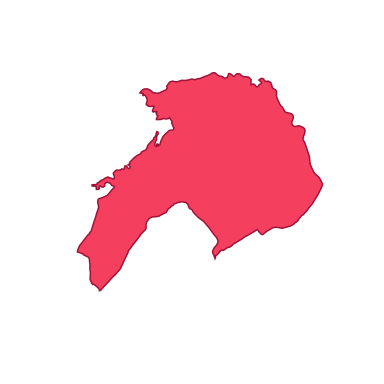 Vera Cruz, Dili, East Timor (Robinson projection), rotated 218°
{"feature_id": "22284137B41604792993839", "entity_name": "Vera Cruz", "entity_type": "district", "adm_level": 2, "iso_a3": "TLS", "parent_name": "East Timor", "parent_adm1": "Dili", "projection": "robinson", "projection_center": [125.57, -8.588], "detail": "fine", "context": "isolated", "style": "filled", "palette": "rose", "viewbox_px": 384, "rotation_deg": 218, "n_neighbors": 0, "source": "geoboundaries", "source_scale": "gbopen_adm2", "svg_char_len": 6071}
<svg xmlns="http://www.w3.org/2000/svg" viewBox="0 0 384 384"><g transform="rotate(218 192 192)"><path d="M258.9,181.4L259.4,177.7L259.1,176.8L258.2,176.3L258.5,175.1L259.2,174.7L259.2,174.2L258.3,174.2L256.2,174.0L255.7,172.4L256.5,171.4L258.3,171.6L259.5,172.4L260.9,171.2L259.5,168.5L260.0,167.7L261.6,167.0L262.0,165.2L263.1,164.1L264.3,163.4L265.1,162.8L265.6,160.2L265.6,158.4L265.0,157.7L262.8,156.5L261.8,154.9L261.7,154.1L262.4,153.4L263.9,153.3L265.1,152.6L266.3,152.2L267.5,152.1L268.5,150.4L269.3,148.8L269.6,147.3L270.1,146.2L271.0,144.7L271.4,142.2L272.2,140.6L271.5,139.6L272.4,138.5L273.8,137.5L274.6,136.7L275.2,135.8L274.2,135.3L273.6,135.7L272.3,136.8L271.4,137.4L270.1,136.5L269.2,135.3L268.5,135.4L267.7,136.5L267.1,136.7L267.2,138.0L268.2,138.7L268.6,139.8L268.2,140.3L267.5,140.4L266.2,140.4L264.9,141.2L264.4,142.7L265.1,143.8L265.8,144.6L265.4,146.4L264.6,147.6L262.6,148.3L261.0,148.3L259.1,147.7L258.4,148.1L257.3,148.4L256.5,148.4L256.1,148.0L256.5,144.6L256.5,140.1L256.8,137.0L258.2,134.2L259.9,131.2L260.7,130.2L261.4,128.8L261.4,128.3L261.0,127.4L259.9,125.7L256.9,123.2L255.9,122.0L254.1,116.8L252.1,111.8L251.0,108.5L247.9,100.3L247.4,99.3L247.4,99.0L247.6,97.2L247.5,96.4L247.1,96.2L246.9,95.6L246.9,95.4L247.5,94.9L247.6,92.1L247.5,82.2L247.6,80.8L246.6,76.8L246.0,75.2L245.4,74.2L242.8,75.2L239.3,76.3L239.0,75.7L233.5,76.8L232.5,76.5L231.9,76.2L227.0,71.1L225.5,68.9L224.9,68.3L222.1,65.6L221.5,64.8L221.3,64.4L220.7,63.6L220.1,62.4L219.4,61.7L219.1,61.2L218.6,60.6L217.8,60.0L217.3,59.7L216.4,59.4L215.7,59.0L215.3,58.7L215.2,58.4L214.9,58.3L214.5,58.3L214.2,58.4L213.6,58.1L213.6,58.5L211.8,58.8L210.5,58.9L207.1,58.6L206.0,58.5L204.7,57.9L204.1,57.6L204.1,57.3L203.9,57.4L203.5,58.4L203.2,63.0L202.5,70.8L202.3,73.9L201.9,77.9L201.6,78.8L201.2,87.6L203.0,95.2L205.2,104.9L205.9,106.5L205.9,111.0L206.0,113.6L206.0,121.8L206.2,127.8L205.5,134.4L205.9,135.2L208.4,138.3L209.3,140.6L209.4,144.8L208.1,147.7L207.1,148.6L204.1,151.4L203.0,152.9L202.5,154.4L199.8,160.0L200.0,161.4L200.0,162.4L200.3,163.9L199.7,166.2L199.4,168.1L198.7,170.2L198.7,171.7L197.6,173.1L197.3,174.2L194.6,177.4L193.4,178.4L190.4,179.9L188.4,179.8L187.0,179.3L184.7,177.8L183.5,177.5L181.8,178.0L180.4,177.8L178.9,177.0L176.7,176.5L171.5,175.8L164.6,176.0L156.4,174.3L148.9,172.1L144.3,171.1L142.3,170.1L141.5,169.5L140.7,168.6L139.9,165.4L140.2,162.1L140.0,160.6L139.7,159.1L139.2,157.9L138.7,157.2L137.5,156.4L135.7,155.5L132.9,153.7L133.5,155.5L134.3,156.0L134.2,156.5L133.5,158.2L133.2,163.6L132.6,164.5L131.3,165.5L130.7,166.9L130.4,168.5L129.6,170.3L128.3,172.0L127.6,174.1L127.3,176.7L126.4,178.7L125.5,181.3L124.0,184.9L122.8,189.3L121.6,191.6L121.4,192.4L119.4,197.3L118.4,199.7L117.8,201.8L117.3,202.6L116.4,202.4L114.3,201.7L112.2,201.4L111.0,201.4L110.1,202.0L108.9,207.1L106.6,212.9L105.4,214.7L104.1,215.9L102.7,216.8L101.1,217.7L98.7,218.8L94.8,224.0L93.2,226.4L92.3,228.5L91.7,231.5L90.9,234.2L91.2,236.3L91.1,241.2L90.3,242.5L90.3,245.0L89.9,246.9L90.1,251.2L89.9,256.3L91.1,267.3L92.6,274.7L93.8,278.5L97.4,280.3L99.9,281.4L102.1,281.9L103.9,281.9L106.7,282.2L108.6,282.8L114.3,285.7L115.6,286.5L117.3,288.0L120.0,290.9L122.2,292.9L125.2,294.7L128.8,297.3L131.3,298.8L133.3,300.2L134.6,300.8L135.7,301.1L136.8,301.6L137.5,302.7L138.3,304.2L139.3,307.4L140.1,309.2L141.2,310.2L142.4,311.2L143.5,311.3L145.2,311.1L148.0,310.3L149.0,309.6L150.0,308.2L151.5,306.7L152.9,306.5L154.2,306.7L155.4,307.4L156.2,308.2L156.8,309.7L157.1,311.2L157.8,312.8L159.0,314.1L160.2,314.8L161.8,314.8L163.8,314.1L167.0,312.6L168.3,312.5L172.7,314.4L174.0,314.6L175.0,314.6L176.7,315.2L179.4,316.6L181.1,317.4L183.4,318.8L184.6,319.7L186.7,322.7L187.9,323.6L188.9,323.9L190.2,323.8L191.5,323.5L192.6,323.6L193.7,324.2L194.6,325.1L196.1,325.8L197.1,326.7L200.3,326.3L201.1,325.3L202.0,324.5L203.7,324.4L204.9,325.1L205.9,325.0L207.4,324.2L208.2,321.4L205.9,321.2L204.9,321.4L204.1,320.1L205.1,318.2L204.9,316.2L205.6,314.7L206.7,314.6L208.1,315.1L209.4,315.1L210.4,314.7L211.6,312.8L213.7,315.6L214.6,317.0L217.3,317.3L218.4,317.3L219.8,316.4L222.1,314.8L223.6,314.3L225.4,314.3L226.8,314.5L228.0,314.0L229.2,313.0L229.8,311.6L229.8,309.3L230.8,308.7L233.5,308.9L235.4,308.4L235.9,307.8L235.0,305.2L235.0,303.6L235.9,302.0L236.7,301.5L238.4,301.7L239.7,301.5L240.6,300.9L242.2,300.1L244.2,299.9L247.5,300.0L248.3,299.4L249.5,298.0L249.9,296.5L250.7,294.6L253.7,289.8L255.1,287.1L258.2,283.5L258.9,282.1L260.9,281.4L262.4,280.2L263.3,278.6L266.4,275.4L268.8,273.8L269.8,272.2L271.7,269.5L273.1,268.6L275.7,267.3L277.0,265.4L277.3,264.5L277.1,259.9L275.9,258.9L275.3,257.7L275.3,256.6L277.8,252.0L278.5,250.1L280.2,248.4L281.0,248.0L283.7,246.3L286.6,246.5L288.8,246.3L291.1,245.6L292.2,244.3L293.1,243.8L294.1,241.1L294.0,238.0L293.5,238.1L293.2,238.3L291.8,239.5L291.1,239.5L290.9,238.9L290.4,238.0L289.7,238.0L288.8,239.3L288.5,239.4L287.0,238.8L284.6,237.6L283.2,236.0L282.6,233.9L282.3,233.3L281.9,232.8L281.4,232.6L280.8,233.0L279.9,232.7L279.2,232.8L278.3,233.3L277.4,233.8L275.9,235.3L275.3,236.1L274.9,236.3L274.5,236.0L274.2,234.7L273.1,231.6L272.5,231.2L271.7,231.2L271.3,231.9L270.7,232.7L270.2,232.7L269.5,233.6L268.9,233.4L268.8,232.3L268.4,231.7L267.7,231.3L267.0,231.0L266.1,231.3L265.8,230.5L265.0,227.5L264.6,227.2L263.4,228.1L262.5,228.9L260.5,230.6L260.4,231.5L259.9,232.2L258.8,232.7L257.6,233.5L256.4,234.5L255.5,236.1L255.4,236.7L251.2,235.3L250.6,234.0L248.9,232.9L245.9,231.3L245.2,230.5L245.3,229.3L245.6,228.7L247.1,227.4L247.7,226.5L248.7,221.8L249.0,218.0L247.8,212.6L246.3,209.5L247.2,208.5L246.9,207.5L247.5,207.0L247.9,207.8L248.1,208.8L249.1,208.3L248.9,207.5L248.5,206.9L248.1,206.1L249.5,205.7L250.7,206.8L251.4,208.1L251.9,209.9L252.1,211.7L253.1,212.5L254.1,214.5L254.4,216.6L255.0,217.7L255.5,218.3L256.9,218.0L256.4,216.4L255.4,214.7L255.1,212.6L255.4,211.2L254.7,209.4L254.8,208.4L255.1,207.6L255.4,205.2L255.5,202.9L255.5,201.3L254.5,198.5L254.3,196.7L255.1,195.3L256.0,193.5L256.4,192.1L256.0,190.7L256.3,190.1L256.9,188.9L257.7,187.0L258.8,183.1L258.9,181.4Z" fill="#f43f5e" stroke="#9f1239" stroke-width="1.5"/></g></svg>